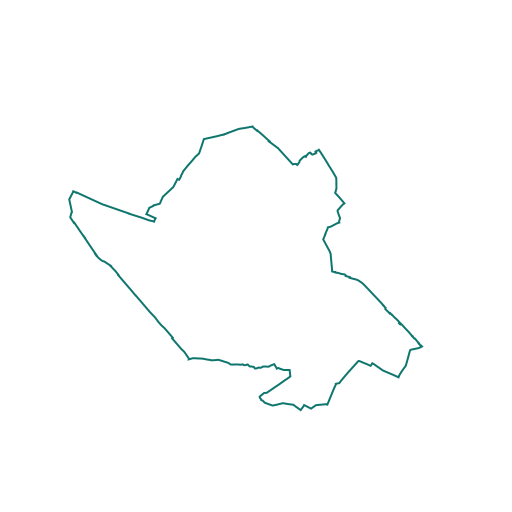 the district of Glūdas pag., Jelgava, Latvia, rotated 213°
{"feature_id": "27541924B80569241121500", "entity_name": "Glūdas pag.", "entity_type": "district", "adm_level": 2, "iso_a3": "LVA", "parent_name": "Latvia", "parent_adm1": "Jelgava", "projection": "albers", "projection_center": [23.526, 56.61], "detail": "fine", "context": "isolated", "style": "outline", "palette": "teal", "viewbox_px": 512, "rotation_deg": 213, "n_neighbors": 0, "source": "geoboundaries", "source_scale": "gbopen_adm2", "svg_char_len": 5899}
<svg xmlns="http://www.w3.org/2000/svg" viewBox="0 0 512 512"><g transform="rotate(213 256 256)"><path d="M178.3,286.4L179.1,285.9L180.3,285.4L180.7,285.8L181.1,285.4L183.7,284.5L184.1,284.9L184.5,285.6L187.0,288.8L188.6,290.8L193.7,297.3L194.4,298.3L195.0,298.7L196.2,299.6L196.3,299.7L196.4,299.8L196.5,299.9L204.4,304.2L208.7,306.6L209.6,311.8L209.8,311.8L211.1,319.0L211.3,319.2L209.3,321.3L205.7,327.8L204.7,329.0L204.8,329.0L205.8,332.5L206.1,333.4L206.5,333.8L208.6,335.3L212.0,338.0L212.2,338.4L212.4,338.9L211.3,346.2L210.5,348.3L219.0,350.8L223.9,352.0L225.3,356.4L230.9,364.8L231.7,365.5L237.4,368.4L244.8,371.8L246.7,372.8L257.5,377.8L261.1,379.3L261.3,378.4L262.4,377.3L263.0,375.8L262.6,375.4L262.0,375.5L261.6,375.3L261.9,374.5L262.8,373.2L263.9,371.8L264.4,371.7L264.8,371.7L265.5,371.8L265.6,372.0L266.6,372.2L267.0,372.2L267.8,371.0L268.2,368.5L268.3,368.0L268.6,367.5L268.6,367.2L268.3,367.0L268.1,366.5L268.3,366.4L268.5,366.2L269.0,366.4L269.4,366.3L269.7,365.9L269.9,365.3L270.2,364.5L270.5,363.8L270.6,362.9L270.8,362.2L270.9,361.5L271.1,360.7L271.2,360.2L271.3,359.9L271.2,359.6L271.0,359.0L270.8,358.4L270.8,357.2L270.9,356.4L270.8,355.8L270.9,355.1L271.0,354.8L272.2,355.1L272.7,354.9L273.6,354.3L274.4,353.6L275.0,352.9L277.1,353.4L282.8,354.9L296.2,358.4L296.3,358.5L298.2,358.5L298.7,358.6L307.4,359.1L307.1,359.6L317.9,361.3L322.7,361.9L323.1,362.0L323.1,361.6L323.5,361.6L323.8,361.7L325.7,361.9L328.3,362.3L328.7,362.4L329.0,362.6L329.4,362.8L329.8,362.3L332.0,360.2L333.5,358.8L335.8,356.6L337.0,355.6L338.9,353.9L339.7,353.1L340.4,352.2L343.9,347.5L346.8,343.7L346.7,343.6L348.2,341.6L348.3,341.6L348.4,341.4L348.5,341.2L348.6,341.3L348.7,341.2L349.3,340.2L349.5,339.9L349.6,340.0L353.9,335.3L358.7,330.4L361.1,328.0L363.4,325.6L361.8,319.8L359.6,311.0L360.6,307.1L360.8,306.9L361.5,300.9L362.2,296.0L362.4,295.0L363.0,289.2L363.2,287.2L362.8,285.1L362.7,283.2L362.1,280.6L362.1,279.9L362.0,278.1L363.8,277.8L362.9,268.8L364.2,263.6L365.2,259.6L365.9,256.9L365.9,256.6L366.4,254.9L366.3,254.7L365.6,250.0L365.2,248.2L365.3,247.3L367.1,245.3L369.6,242.5L369.6,242.4L369.3,242.5L369.3,242.2L371.7,238.3L371.2,235.1L370.7,231.4L370.4,231.5L361.7,232.8L360.7,233.0L360.7,231.9L360.5,230.4L360.2,229.3L360.9,229.2L365.3,227.6L372.3,226.0L378.0,224.4L385.6,222.3L385.6,222.5L394.8,220.2L410.2,216.4L410.9,216.3L412.3,215.8L418.2,214.9L427.9,213.5L441.0,211.6L441.0,211.2L444.5,210.8L444.2,209.5L443.5,201.8L443.2,201.5L434.2,192.5L434.2,192.4L434.3,191.7L434.2,191.5L434.2,191.4L433.7,190.0L433.7,189.9L433.6,189.6L433.1,188.0L433.1,187.9L432.7,187.3L432.6,187.1L426.6,184.6L426.5,185.0L419.2,181.9L411.5,178.7L411.4,178.9L409.2,178.0L409.3,177.8L400.8,174.2L396.8,172.5L391.9,170.5L392.1,170.2L389.9,169.3L389.8,169.6L388.7,169.1L387.8,168.8L386.1,168.5L383.5,168.2L381.3,168.3L380.5,168.7L379.8,168.8L377.3,168.7L372.5,168.7L372.6,168.4L371.5,168.2L369.2,167.6L365.3,166.7L361.0,165.2L361.1,164.9L340.0,158.7L335.5,157.3L335.4,157.4L314.4,151.2L312.7,150.8L307.5,149.6L301.8,147.5L297.9,146.4L293.2,145.6L281.2,142.1L281.4,141.2L267.9,137.3L264.2,136.6L262.6,136.0L256.4,133.4L256.1,132.7L255.5,133.4L253.9,135.2L253.0,136.1L251.1,137.2L248.7,138.6L245.7,140.4L243.8,141.3L241.2,142.3L239.8,142.9L239.3,143.1L238.9,143.4L237.6,143.9L236.7,144.2L235.4,145.0L235.0,145.4L233.3,146.6L232.5,147.2L231.7,148.0L231.0,148.4L230.2,148.7L229.4,149.0L228.8,149.1L221.2,151.2L220.8,151.3L218.5,151.2L218.2,151.2L217.6,151.5L217.0,151.9L216.4,152.3L212.1,155.2L212.0,155.3L211.6,155.4L210.7,155.9L209.1,156.8L208.4,157.7L208.0,157.9L206.8,157.9L206.4,158.0L205.0,159.1L204.4,160.1L204.0,160.4L203.6,160.5L202.7,160.2L201.3,160.0L200.5,160.2L199.8,160.8L198.3,161.4L197.6,161.7L197.0,161.7L195.9,161.1L195.3,161.2L194.4,162.0L193.0,163.9L191.3,164.7L190.4,166.0L190.0,166.9L189.7,167.3L189.1,167.6L188.0,168.4L185.3,169.9L185.0,170.3L184.8,170.6L184.4,171.4L183.9,172.3L181.8,175.2L177.3,173.0L177.2,172.9L176.2,174.3L175.8,174.3L173.5,174.7L173.5,174.8L170.6,175.5L165.7,178.7L161.6,173.7L163.2,169.5L164.4,166.8L165.6,163.7L166.7,160.9L169.3,154.8L172.5,147.1L174.6,145.5L175.9,141.5L176.3,140.0L175.4,139.1L174.2,138.8L173.5,138.3L173.1,138.0L172.8,138.0L172.5,138.1L171.9,138.4L171.7,138.4L171.2,138.3L168.8,137.7L162.3,139.2L160.6,139.7L160.4,139.8L160.1,140.1L159.2,141.0L157.4,142.8L157.2,143.0L153.6,146.9L153.2,147.2L152.7,147.5L151.2,148.1L148.0,149.5L143.6,151.6L141.3,151.4L134.6,151.1L134.3,156.9L134.4,157.2L126.7,158.0L126.6,158.3L125.1,161.9L124.4,163.6L122.8,164.9L116.6,169.8L116.5,169.7L115.2,170.2L118.1,185.5L118.2,185.9L118.7,189.1L118.8,189.9L119.1,192.0L119.4,192.3L117.0,194.7L116.9,194.8L116.7,198.0L115.8,205.2L115.7,205.7L115.4,208.1L113.0,223.3L112.8,223.7L112.6,223.9L112.3,224.1L111.1,224.4L108.2,224.9L107.6,225.0L106.3,225.2L105.9,225.3L105.5,225.5L105.4,225.5L103.5,225.8L102.0,226.0L100.1,226.3L100.0,227.0L100.0,229.4L98.5,229.5L97.8,229.5L93.4,229.3L92.2,229.3L87.2,229.1L76.9,230.9L76.5,231.0L70.4,231.9L70.5,232.3L70.7,233.1L70.7,233.5L70.8,233.7L70.9,234.6L70.9,235.2L70.9,236.2L71.0,236.9L70.8,242.5L70.7,244.0L70.6,245.7L70.7,245.9L71.7,249.1L72.8,252.6L73.0,253.2L73.6,255.2L73.7,255.3L75.4,260.7L75.4,261.1L75.2,261.6L69.5,267.3L68.9,268.2L68.2,269.3L67.5,270.5L68.9,270.8L69.0,270.4L70.3,270.8L71.9,271.2L71.8,271.6L75.0,272.4L75.6,272.7L77.8,273.3L78.2,273.0L81.4,273.8L81.3,274.0L81.7,274.0L86.7,275.5L90.7,276.4L95.2,277.6L97.6,278.1L97.8,277.2L99.5,277.5L99.5,278.5L102.1,279.2L105.9,279.9L106.0,279.8L110.0,280.8L110.1,280.6L112.4,281.2L112.5,280.6L113.5,280.9L118.6,281.9L119.1,282.6L119.1,283.1L119.7,283.2L122.3,283.8L122.2,284.0L128.9,285.7L141.7,288.8L148.4,290.4L151.2,291.0L152.7,291.2L154.9,291.2L155.1,291.2L155.9,291.3L157.3,291.2L158.9,290.9L160.4,290.4L165.5,288.7L165.7,289.4L169.8,288.1L169.9,288.6L171.1,288.7L171.6,288.8L175.1,287.3L177.7,286.6L178.3,286.4Z" fill="none" stroke="#0f766e" stroke-width="2"/></g></svg>